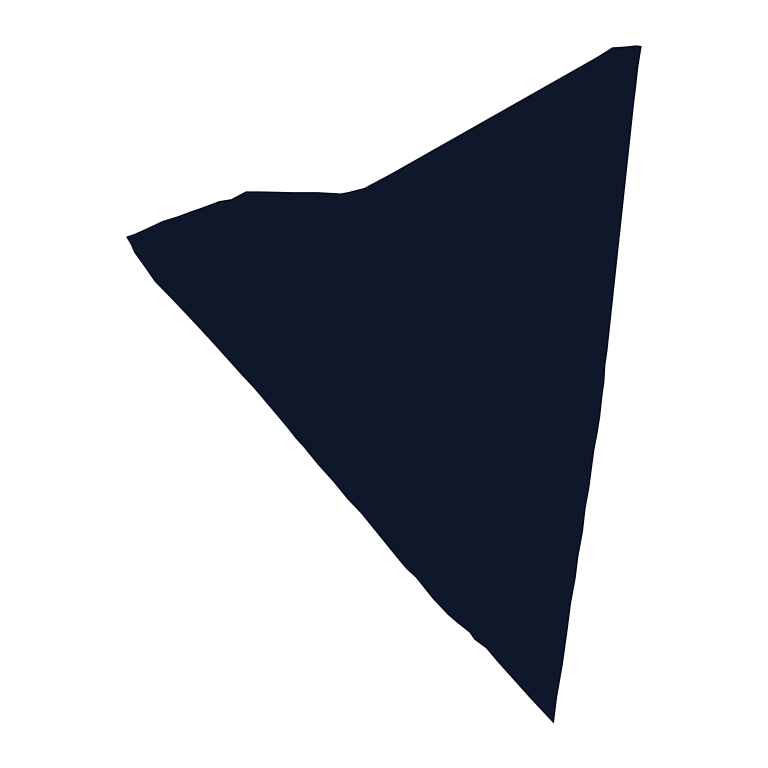 outline of Ain Al-Tamur, Karbala', Iraq
{"feature_id": "34846034B94422481549269", "entity_name": "Ain Al-Tamur", "entity_type": "district", "adm_level": 2, "iso_a3": "IRQ", "parent_name": "Iraq", "parent_adm1": "Karbala'", "projection": "orthographic", "projection_center": [43.515, 32.483], "detail": "fine", "context": "isolated", "style": "filled", "palette": "ink", "viewbox_px": 768, "rotation_deg": 0, "n_neighbors": 0, "source": "geoboundaries", "source_scale": "gbopen_adm2", "svg_char_len": 1060}
<svg xmlns="http://www.w3.org/2000/svg" viewBox="0 0 768 768"><path d="M553.3,721.9L556.3,697.4L562.0,664.9L566.7,631.3L570.3,603.2L575.0,577.7L577.6,556.5L582.3,530.9L584.9,507.9L588.6,487.9L591.2,468.0L593.8,448.7L596.4,435.6L599.5,416.3L601.5,397.6L603.6,382.0L603.8,379.5L604.6,365.2L606.7,350.8L607.7,341.5L633.4,102.9L635.4,86.7L637.5,67.4L640.8,46.7L636.5,46.1L623.9,47.4L612.5,48.1L605.5,52.6L595.7,58.6L394.6,172.5L387.2,176.6L364.5,188.7L348.1,192.9L340.5,194.2L318.1,192.9L293.6,192.9L263.1,192.2L246.2,192.1L231.4,199.9L219.4,201.8L202.5,208.2L191.1,212.1L177.4,217.2L162.7,221.7L151.8,226.9L134.8,234.6L127.2,237.2L131.5,244.3L134.8,252.1L145.1,266.4L155.4,281.3L170.7,296.9L184.3,311.2L195.2,322.8L212.0,341.0L244.7,377.3L254.0,387.1L272.6,409.1L282.4,420.8L288.9,428.6L296.0,437.7L304.2,446.7L317.9,463.6L334.2,481.7L347.9,498.6L362.1,513.5L400.4,560.8L407.0,568.5L416.3,577.0L433.3,598.3L448.6,614.5L458.5,622.9L470.0,632.0L474.9,639.1L486.4,647.5L498.5,661.8L530.3,697.3L553.3,721.9Z" fill="#0f172a" stroke="#020617" stroke-width="1.5"/></svg>